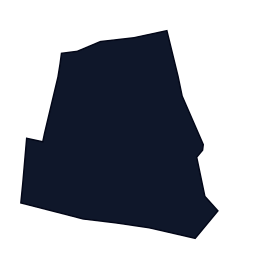 outline of Trigg, Kentucky, United States of America, rotated 97°
{"feature_id": "52423323B54823205349371", "entity_name": "Trigg", "entity_type": "district", "adm_level": 2, "iso_a3": "USA", "parent_name": "United States of America", "parent_adm1": "Kentucky", "projection": "equal_earth", "projection_center": [-87.889, 36.818], "detail": "fine", "context": "isolated", "style": "filled", "palette": "ink", "viewbox_px": 256, "rotation_deg": 97, "n_neighbors": 0, "source": "geoboundaries", "source_scale": "gbopen_adm2", "svg_char_len": 451}
<svg xmlns="http://www.w3.org/2000/svg" viewBox="0 0 256 256"><g transform="rotate(97 128 128)"><path d="M62.0,203.1L72.5,203.2L85.9,203.7L142.9,210.1L152.1,210.9L150.6,227.3L194.8,225.7L215.4,225.2L220.0,189.5L223.7,161.4L223.6,129.1L224.4,95.0L229.3,47.9L199.3,28.7L186.5,43.4L148.6,56.3L140.9,51.3L135.3,51.3L89.7,78.2L70.5,84.7L26.7,101.3L37.8,133.4L45.6,165.9L58.1,187.7L62.0,203.1Z" fill="#0f172a" stroke="#020617" stroke-width="1.5"/></g></svg>